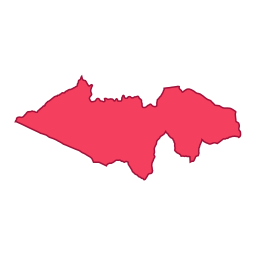 the district of Itaúba, Mato Grosso, Brazil
{"feature_id": "56859067B4812959206421", "entity_name": "Itaúba", "entity_type": "district", "adm_level": 2, "iso_a3": "BRA", "parent_name": "Brazil", "parent_adm1": "Mato Grosso", "projection": "natural_earth1", "projection_center": [-55.553, -11.126], "detail": "fine", "context": "isolated", "style": "filled", "palette": "rose", "viewbox_px": 256, "rotation_deg": 0, "n_neighbors": 0, "source": "geoboundaries", "source_scale": "gbopen_adm2", "svg_char_len": 5812}
<svg xmlns="http://www.w3.org/2000/svg" viewBox="0 0 256 256"><path d="M238.8,137.4L239.2,137.1L239.8,136.7L240.4,135.7L240.6,134.7L240.5,132.8L240.4,132.0L240.1,131.3L239.0,129.9L238.8,129.1L238.8,128.3L239.2,126.7L239.3,125.9L239.2,124.9L238.7,123.4L238.2,122.8L236.2,121.6L235.9,121.1L235.8,119.6L235.6,117.8L235.3,114.6L235.4,113.5L235.8,111.9L235.5,111.4L233.4,110.0L232.1,109.2L230.9,108.6L230.0,108.3L227.8,108.1L224.5,108.1L223.3,107.9L222.7,107.7L221.6,107.2L219.7,106.0L219.1,105.7L215.6,105.3L214.7,105.0L213.9,104.0L213.4,103.4L212.2,102.4L211.0,101.0L210.1,100.4L207.5,99.4L205.0,97.7L203.0,96.0L200.0,94.0L197.9,93.4L197.2,93.3L196.5,93.1L195.6,92.5L193.9,91.2L191.2,89.7L189.3,89.1L187.7,89.1L186.8,89.3L184.5,90.7L183.0,91.9L182.4,92.1L181.9,91.7L181.4,90.6L181.0,90.2L180.1,89.5L179.5,88.8L179.2,87.9L179.1,87.2L179.2,86.6L177.9,86.4L176.3,86.7L170.9,87.4L170.1,87.6L166.1,88.0L164.1,88.3L164.2,89.5L163.6,90.5L163.2,91.8L162.8,92.7L161.3,95.2L160.6,96.4L159.6,97.2L158.8,98.4L158.4,98.9L157.8,99.3L157.4,99.7L157.3,100.3L156.8,103.1L156.9,104.4L156.7,105.9L155.7,106.5L155.0,106.7L154.5,106.6L153.0,106.2L152.3,105.8L150.9,104.3L150.4,104.2L149.7,104.4L148.6,105.2L147.8,105.5L146.5,106.7L145.5,107.3L144.6,107.5L143.7,107.5L143.0,107.3L142.5,106.9L142.2,106.3L142.1,105.6L142.0,104.8L142.1,103.9L141.5,102.0L141.5,101.1L141.5,100.3L141.1,99.8L140.7,99.3L139.4,98.4L138.4,96.6L137.9,96.3L136.8,96.5L136.1,96.8L135.3,96.9L134.6,96.9L133.9,97.3L133.4,97.7L132.9,97.8L132.1,97.9L131.3,97.6L130.4,96.8L129.8,96.6L128.6,96.7L127.8,97.3L127.5,97.9L127.1,98.2L125.6,98.3L124.7,97.8L124.3,97.1L124.2,96.3L124.0,95.7L123.3,95.4L122.8,95.8L122.6,96.5L121.9,97.8L121.8,99.5L121.6,100.3L120.9,101.1L118.3,101.1L117.8,100.9L117.6,100.2L117.4,99.4L116.7,98.8L116.3,98.9L114.9,100.9L114.2,101.0L113.1,99.7L112.6,99.2L112.1,99.1L110.8,98.9L108.1,99.4L107.6,99.3L106.2,98.5L105.0,98.4L104.5,98.7L104.6,99.4L105.0,100.5L104.8,101.2L104.2,101.6L103.4,101.7L102.2,101.2L100.9,101.0L100.2,100.7L99.7,100.0L99.3,99.2L98.7,98.7L98.1,98.5L97.6,98.5L97.0,98.7L96.6,99.1L95.3,100.9L94.8,101.2L92.8,101.7L91.4,101.7L90.8,101.2L90.3,100.5L89.4,98.7L89.4,98.1L89.8,97.0L91.3,95.2L91.6,94.6L91.6,94.0L90.8,91.7L90.7,90.5L90.8,89.7L91.4,87.8L91.8,86.8L92.4,85.6L92.2,85.0L91.5,84.7L90.8,85.0L89.7,85.9L89.1,86.0L88.6,85.7L87.7,84.5L85.9,81.3L85.4,80.7L84.9,80.5L83.7,80.3L83.1,80.0L82.7,79.5L82.3,78.8L81.7,76.3L81.3,76.8L81.2,77.3L80.8,78.1L80.6,78.9L80.3,79.4L79.5,80.1L78.7,80.4L78.4,81.3L78.4,81.9L78.2,82.8L77.4,84.1L77.4,85.1L77.1,85.9L76.8,86.3L76.0,86.6L74.4,87.7L73.4,88.0L72.7,88.6L70.5,89.5L69.9,89.6L69.3,89.5L68.6,89.9L68.0,90.1L67.8,90.5L67.3,90.9L66.6,90.9L65.5,91.6L65.1,91.9L64.9,92.6L63.9,93.0L62.9,92.8L62.2,92.8L60.6,94.1L60.0,94.3L59.6,95.0L58.9,95.2L58.0,95.2L57.4,95.5L57.2,96.1L56.6,96.0L54.5,96.7L50.1,100.3L49.6,100.6L48.9,101.1L48.3,101.4L47.7,101.6L47.3,102.2L46.5,102.7L46.0,103.5L45.4,104.1L45.0,104.7L45.0,105.6L44.3,106.0L43.8,105.9L43.2,106.2L41.4,108.1L40.3,108.6L40.0,109.4L39.6,109.6L38.6,110.3L37.9,111.0L37.3,112.2L36.7,112.2L36.1,112.3L35.6,112.2L34.5,111.5L32.8,111.4L32.1,111.0L30.8,111.6L28.6,111.7L27.9,111.8L27.3,112.2L26.4,113.1L26.1,113.7L24.9,114.9L23.7,116.3L23.3,116.7L22.6,117.1L21.6,117.4L20.4,117.2L19.4,117.1L17.8,117.4L17.3,117.7L16.9,118.0L16.6,118.6L16.6,119.3L16.3,120.0L15.6,121.0L15.4,121.7L16.1,121.6L22.3,124.4L30.1,128.2L38.9,132.3L40.7,133.3L42.0,133.6L46.4,135.1L49.3,137.2L53.1,138.5L56.3,139.9L58.7,141.3L59.3,141.5L59.8,141.8L62.5,143.4L63.2,144.0L64.2,144.4L66.1,145.1L69.5,146.6L75.5,149.1L78.4,150.2L79.5,150.7L80.4,151.3L80.9,151.7L82.6,152.8L83.3,153.0L85.6,154.2L86.4,154.8L90.2,157.0L91.5,158.1L91.9,158.6L92.8,160.4L93.5,162.2L99.1,162.3L106.4,165.8L106.6,165.3L107.2,164.5L107.8,164.0L109.6,163.2L110.9,163.3L111.4,163.2L113.7,162.0L115.8,160.4L116.3,160.2L117.1,160.2L118.2,160.3L119.5,160.1L120.1,160.2L121.5,161.2L122.0,161.3L122.8,161.3L123.7,162.0L124.6,162.2L125.7,161.5L126.4,161.5L128.0,162.1L128.2,162.7L128.2,163.9L128.6,164.7L131.8,169.9L132.3,171.2L132.8,171.9L133.8,172.7L134.6,173.6L135.2,174.1L137.2,175.0L138.4,176.3L139.0,176.8L140.3,177.2L141.5,178.2L142.0,178.4L143.0,178.5L143.4,178.9L143.8,179.6L144.3,179.7L145.3,179.2L147.2,176.2L148.0,174.7L148.4,174.2L149.6,173.6L150.2,173.6L151.0,173.4L151.7,173.0L152.1,172.5L152.6,170.6L152.3,170.0L152.0,167.2L151.7,165.7L151.9,163.4L152.5,161.8L153.1,160.7L153.8,158.6L154.5,157.5L154.8,156.8L154.7,156.2L154.3,155.7L154.0,155.0L153.9,154.2L154.5,152.3L154.3,149.5L154.2,148.8L154.5,147.7L155.2,146.1L156.1,144.4L156.3,143.9L156.8,141.2L157.1,140.6L157.5,140.1L158.8,138.9L159.6,138.0L160.0,137.2L160.6,136.4L161.2,136.0L162.1,135.5L163.9,134.2L164.4,133.6L165.7,131.5L166.2,132.6L167.6,133.6L167.9,133.9L168.9,135.7L169.5,136.1L170.1,137.0L170.6,137.5L172.6,138.5L172.9,139.1L173.1,139.8L173.8,140.8L174.0,141.4L174.1,142.1L174.9,143.9L174.7,144.9L174.7,146.1L174.9,146.9L175.0,147.6L175.0,148.6L174.9,149.1L174.8,150.2L174.9,150.7L175.8,151.5L176.5,152.4L177.9,153.2L178.8,153.6L179.4,153.9L180.4,154.8L180.8,155.4L180.9,156.0L181.6,156.2L182.8,156.0L183.4,156.1L184.0,156.3L184.6,156.4L186.0,156.0L187.0,156.5L189.1,156.5L189.9,156.7L190.0,158.3L190.2,162.1L191.2,161.6L191.9,161.3L193.3,161.2L193.8,160.8L194.2,160.0L195.1,158.1L195.3,157.4L196.0,156.4L197.1,155.9L198.2,155.6L198.7,153.9L198.9,153.3L198.9,152.6L198.7,151.7L198.9,148.1L199.4,147.2L199.9,145.1L201.7,141.1L201.9,139.5L202.7,140.1L203.4,141.0L204.0,141.6L206.7,143.0L207.3,143.1L208.6,143.7L209.3,144.0L210.5,144.0L213.6,142.9L214.3,142.8L215.1,142.8L217.3,143.5L220.7,141.0L223.5,138.8L224.5,139.0L225.2,139.0L226.4,138.3L227.4,138.4L228.0,138.2L229.2,137.2L230.1,137.1L232.4,136.4L234.8,136.2L235.8,136.4L237.1,136.5L237.6,136.6L238.2,136.9L238.8,137.4Z" fill="#f43f5e" stroke="#9f1239" stroke-width="1.5"/></svg>